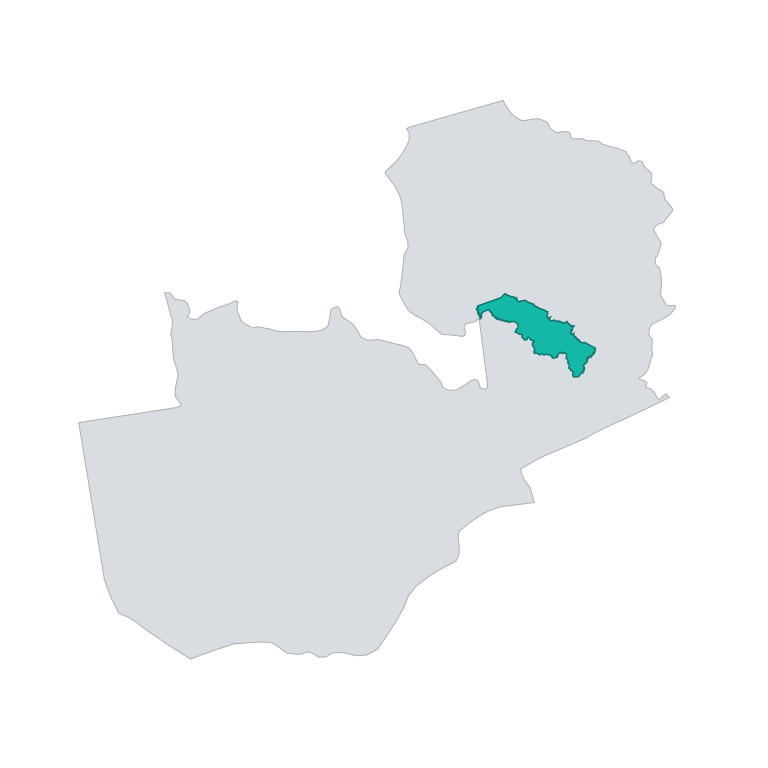 location of Lavushimanda, Muchinga, Zambia, rotated 353°
{"feature_id": "96606910B97886687400536", "entity_name": "Lavushimanda", "entity_type": "district", "adm_level": 2, "iso_a3": "ZMB", "parent_name": "Zambia", "parent_adm1": "Muchinga", "projection": "orthographic", "projection_center": [31.015, -12.593], "detail": "fine", "context": "in_parent", "style": "filled", "palette": "teal", "viewbox_px": 768, "rotation_deg": 353, "n_neighbors": 0, "source": "geoboundaries", "source_scale": "gbopen_adm2", "svg_char_len": 9756}
<svg xmlns="http://www.w3.org/2000/svg" viewBox="0 0 768 768"><g transform="rotate(353 384 384)"><path d="M518.6,519.9L483.9,520.1L471.3,523.0L461.0,527.3L448.7,534.2L441.6,538.9L439.6,541.5L438.7,547.3L438.8,556.1L437.6,562.5L434.0,568.4L415.3,575.6L403.2,581.5L391.3,588.5L382.4,597.4L376.4,608.4L366.4,622.0L345.4,646.4L333.1,651.0L322.7,650.2L310.1,645.4L300.1,644.6L292.8,647.9L286.0,647.1L279.6,642.1L274.3,640.4L270.1,641.9L264.7,641.7L254.7,639.2L245.9,630.8L241.2,627.3L237.6,626.1L227.3,624.9L203.7,623.5L179.5,628.4L158.3,633.4L135.8,614.9L113.9,595.3L109.3,590.3L101.1,583.8L95.2,580.7L92.9,579.1L86.5,561.3L82.7,544.8L76.3,385.1L173.7,382.1L179.9,381.2L180.1,379.5L175.4,371.1L175.5,368.1L176.6,362.2L180.6,350.5L180.7,346.7L178.4,334.1L178.4,327.1L179.2,312.8L178.4,308.0L180.6,301.6L181.2,297.3L182.1,295.5L180.9,290.6L178.5,273.8L177.2,266.7L183.1,267.6L185.1,271.0L186.4,274.8L189.0,274.9L196.1,277.0L198.6,280.1L200.3,286.8L199.4,290.3L197.3,293.2L199.6,295.6L204.3,297.2L207.0,296.6L214.8,291.8L222.0,289.9L225.7,288.6L241.9,285.2L245.1,283.5L247.4,283.4L249.0,284.7L247.7,289.5L247.3,293.8L249.4,301.8L251.0,305.6L254.5,308.2L256.9,309.6L259.7,312.4L265.4,311.8L277.9,315.7L281.7,317.5L287.0,319.3L290.7,319.9L303.6,321.1L317.2,323.2L324.2,323.3L329.2,322.6L332.7,321.4L334.8,320.0L335.8,318.9L340.7,303.5L343.2,302.3L346.6,301.5L348.6,302.8L350.9,312.5L360.8,321.0L364.3,328.3L366.8,334.5L369.0,336.2L372.7,338.3L378.7,339.0L384.0,339.2L410.5,349.5L413.5,351.5L416.8,357.1L418.8,363.5L420.9,368.6L424.3,369.5L427.4,369.9L430.4,373.4L432.7,376.4L440.6,388.9L441.7,393.9L445.6,397.2L450.7,398.6L455.4,398.7L458.2,397.2L464.9,394.6L470.1,391.6L473.9,390.5L476.2,391.2L478.0,393.2L479.1,399.5L482.9,401.6L485.6,400.7L486.7,398.3L486.7,397.0L486.4,331.3L484.0,331.8L480.9,333.6L473.9,333.9L471.2,335.3L470.4,337.4L470.9,340.2L471.1,343.9L470.1,345.6L467.0,346.3L462.6,344.9L454.5,343.1L447.8,342.0L442.9,337.1L436.4,329.7L432.1,326.0L421.7,318.4L419.9,316.8L416.8,313.2L414.0,307.1L411.4,300.0L410.0,295.5L412.4,288.5L418.2,265.6L419.6,258.5L424.6,251.3L424.9,244.9L422.8,236.6L423.3,232.0L423.7,206.0L422.3,197.8L418.9,188.7L411.3,176.0L411.3,173.3L422.7,165.0L426.2,161.8L432.1,155.1L436.2,149.4L438.7,144.8L439.6,138.8L437.6,133.2L441.6,132.0L536.8,117.0L538.1,120.9L541.0,127.3L544.3,132.1L548.4,136.2L551.9,138.8L554.2,139.5L568.9,139.3L574.1,141.8L578.7,145.0L579.8,150.0L582.9,153.1L586.1,155.6L587.5,155.9L589.9,155.3L593.8,155.3L597.5,156.4L599.2,157.4L599.4,161.6L600.5,163.5L605.4,164.2L610.5,164.6L615.3,167.4L620.6,167.9L626.7,169.1L629.5,172.2L636.0,175.4L643.9,178.2L652.6,182.9L652.8,184.3L654.2,187.0L655.8,189.0L655.9,191.9L656.6,194.5L658.8,195.2L660.7,195.4L662.4,193.5L664.7,193.6L667.2,194.8L668.1,197.9L670.1,202.0L673.3,204.9L675.4,207.6L674.7,212.6L673.3,217.1L677.6,221.6L683.2,226.0L684.8,227.9L685.2,234.2L686.0,236.3L689.8,241.6L691.7,245.2L691.5,247.2L681.1,257.5L674.7,259.0L671.9,261.2L670.3,263.4L674.3,273.8L676.4,277.7L674.6,282.6L670.4,291.0L668.5,291.7L668.1,298.1L669.4,300.4L671.4,302.2L672.2,306.5L671.9,317.2L669.3,329.3L673.8,340.0L675.4,341.1L681.8,341.3L682.9,342.2L681.3,345.2L676.8,349.8L668.6,353.4L656.9,357.3L654.4,361.1L652.8,366.6L654.1,369.9L655.6,371.8L655.1,376.7L654.0,381.8L654.3,385.8L653.8,389.4L652.2,391.2L650.1,396.5L647.6,401.9L645.6,404.4L642.6,406.9L638.0,409.1L638.1,410.2L643.3,412.7L644.6,414.4L645.1,415.6L642.9,418.4L645.3,420.0L648.2,421.4L651.0,425.1L654.1,431.9L654.7,432.6L655.6,432.7L657.3,431.9L660.6,429.2L662.9,428.2L665.7,432.2L616.9,448.6L605.4,452.0L588.3,457.9L582.8,460.1L578.3,462.2L533.0,475.3L525.9,477.9L510.0,484.6L509.4,485.7L509.6,488.8L511.1,495.0L513.9,500.7L516.2,504.0L517.8,512.5L518.6,519.9Z" fill="#d9dde1" stroke="#a8b0b8" stroke-width="1"/><path d="M573.1,400.1L574.6,399.9L574.7,400.2L575.7,400.4L577.1,400.2L578.4,400.3L578.6,399.7L580.2,398.2L580.5,397.4L581.0,397.1L582.7,397.3L582.5,396.7L582.6,396.3L583.9,395.7L583.4,394.7L583.5,394.3L584.2,394.3L584.9,393.8L584.8,393.2L584.2,393.0L584.6,392.6L584.9,391.9L584.2,390.6L584.3,389.5L584.5,389.2L585.3,389.1L586.1,388.2L586.8,388.1L587.2,387.6L588.1,387.0L588.1,386.8L587.8,386.5L588.1,386.2L588.8,385.9L589.0,384.6L588.5,383.8L588.6,383.3L588.8,383.1L589.5,383.2L589.1,382.4L589.2,381.9L589.7,381.7L590.4,382.0L590.5,382.3L590.3,382.9L590.5,383.1L591.2,382.3L591.9,382.2L592.8,382.5L592.8,381.7L592.7,381.1L592.8,380.8L593.3,380.7L594.2,381.1L594.6,380.2L595.8,379.6L595.5,379.2L595.6,378.1L596.0,378.1L595.9,379.1L596.4,379.3L596.6,378.6L597.7,377.1L597.1,376.1L597.1,375.7L597.8,375.4L598.1,375.1L597.8,374.6L597.9,374.0L597.7,373.7L595.9,372.7L595.4,372.1L594.7,371.9L591.6,369.5L590.8,369.3L589.9,368.2L589.5,368.1L589.0,367.5L588.3,367.3L587.7,367.8L587.4,367.8L586.9,367.2L585.4,367.2L585.0,366.8L584.5,366.8L584.1,366.2L583.6,366.1L583.4,365.4L583.5,364.6L582.9,364.5L582.5,364.6L582.6,364.3L582.2,364.0L582.2,363.5L581.7,363.8L581.3,363.4L581.3,362.8L581.0,362.8L581.1,362.6L580.6,362.2L580.6,361.8L580.3,361.7L580.1,361.3L579.9,361.3L580.1,360.7L579.3,360.4L579.4,360.2L579.0,360.1L579.0,359.9L578.4,359.4L578.4,358.4L578.2,357.6L578.4,357.2L577.3,357.9L576.9,357.9L576.8,357.7L576.3,357.7L576.0,357.3L576.1,357.1L575.7,357.2L575.7,356.9L575.2,356.7L575.1,356.3L575.3,355.6L575.7,355.3L575.6,354.7L576.0,354.5L576.1,354.2L576.3,354.4L576.3,354.1L576.5,354.0L576.4,353.8L576.7,353.9L576.7,353.7L577.0,353.7L576.9,353.5L577.3,353.3L577.3,352.8L577.7,352.6L577.8,351.5L578.1,351.5L578.3,351.0L578.0,351.1L578.0,350.6L578.4,350.6L578.5,350.4L578.3,350.1L579.2,350.0L579.7,349.6L577.4,349.1L576.9,349.0L576.8,348.7L576.4,349.0L576.1,349.0L575.8,347.6L574.0,346.1L573.7,345.1L573.3,344.4L572.8,345.0L572.7,344.6L572.4,344.6L572.1,345.1L571.4,345.1L571.2,345.4L570.8,345.0L570.2,345.2L569.6,345.1L569.5,345.4L569.0,345.7L568.6,345.5L568.4,344.7L567.5,344.0L566.9,343.8L566.3,343.1L565.5,342.9L565.1,343.3L564.8,343.3L563.3,342.9L563.1,342.3L562.2,342.4L561.3,341.8L560.9,341.3L559.9,341.3L558.7,342.0L556.9,341.2L556.4,340.2L556.7,338.5L557.2,338.0L555.4,338.3L554.9,338.9L554.8,338.2L554.1,337.4L554.2,336.9L554.5,336.5L554.5,335.8L554.9,334.5L554.8,333.8L554.9,333.2L555.5,332.5L555.2,332.2L553.4,331.3L553.2,330.9L552.3,330.8L551.8,330.1L549.2,328.5L547.4,328.2L547.2,327.6L546.6,326.8L545.7,326.6L545.3,326.8L545.0,326.8L544.6,325.7L544.3,325.5L544.0,325.0L542.5,324.5L542.3,324.2L542.5,323.8L542.3,322.8L542.0,322.7L540.9,322.7L540.0,321.9L539.2,321.3L538.8,321.1L538.4,321.3L537.9,320.9L537.4,320.9L537.2,320.5L535.8,319.8L535.6,318.9L534.9,318.4L534.1,318.3L533.4,318.6L533.2,318.3L532.7,318.4L531.9,318.1L529.9,318.4L529.7,318.2L529.4,318.5L529.5,318.7L528.9,319.0L528.5,318.7L528.1,318.9L527.8,318.4L527.3,318.3L526.4,317.4L526.2,316.5L525.9,316.4L526.3,316.0L525.9,315.8L525.9,315.6L525.6,315.5L525.2,314.8L525.4,314.5L525.0,314.6L524.3,314.4L523.6,313.5L523.1,313.2L521.9,313.2L520.6,312.8L519.8,311.9L518.0,311.3L516.9,310.6L516.6,310.0L516.1,310.0L515.9,309.5L514.7,309.3L510.5,312.6L486.4,318.0L486.3,318.6L486.8,319.1L486.9,319.4L486.6,319.8L485.9,319.6L485.9,320.1L485.5,320.5L485.9,321.0L485.8,321.5L485.6,321.4L485.8,321.7L485.5,321.8L486.5,322.4L486.1,322.9L485.8,323.0L485.9,323.3L485.6,323.3L486.0,323.5L486.2,323.8L485.9,323.8L486.1,324.3L485.9,324.4L486.1,324.6L485.9,324.7L486.5,325.3L486.3,325.5L486.1,325.8L486.1,326.4L486.6,326.4L486.4,326.6L486.6,327.0L487.2,327.0L487.3,327.2L487.1,327.6L487.7,327.6L487.9,327.8L487.6,328.0L487.9,328.4L487.7,329.4L487.1,329.8L487.2,330.9L487.5,331.0L487.7,330.7L488.8,330.0L489.1,329.0L488.9,328.6L489.1,327.9L489.0,327.5L489.5,326.0L490.0,325.3L493.0,323.8L497.2,323.0L498.3,325.6L498.6,325.8L499.5,325.7L499.6,326.1L500.0,326.4L500.1,326.8L499.7,327.3L500.0,327.6L499.7,328.1L499.9,328.3L499.9,329.1L500.1,329.1L500.4,329.5L500.8,329.3L501.2,329.9L501.6,330.0L502.0,330.7L501.9,331.1L502.8,332.3L503.6,332.6L503.9,332.0L504.1,332.4L504.4,332.4L504.2,333.4L504.7,333.4L505.1,333.7L505.7,333.6L506.2,334.3L506.5,334.0L507.2,334.4L507.9,334.1L508.9,334.5L508.6,334.8L508.3,334.6L508.2,334.8L508.9,335.2L509.4,335.0L509.4,335.4L510.2,335.5L510.4,335.9L511.1,336.0L511.1,336.3L511.3,336.5L511.9,336.2L512.6,336.6L513.1,336.3L513.2,336.7L513.7,336.1L513.9,336.6L514.4,336.7L514.8,337.3L514.8,337.6L515.8,338.1L516.4,337.9L516.8,337.4L517.3,337.7L517.6,337.4L518.7,337.8L521.0,337.7L521.3,337.9L521.8,338.8L522.8,339.1L523.3,339.6L523.6,340.3L524.0,340.7L524.2,341.6L524.0,342.4L524.0,344.1L523.6,344.9L521.9,346.0L520.9,347.7L520.7,348.7L521.5,349.1L522.6,349.2L523.9,350.8L524.4,350.7L524.7,351.1L525.9,351.4L526.6,351.4L527.4,351.9L527.3,352.5L526.7,353.6L526.6,354.5L526.9,354.6L527.8,355.7L528.6,357.1L529.1,357.5L530.3,357.5L531.0,357.3L531.6,356.8L532.3,355.2L533.1,355.2L533.5,355.4L534.3,356.2L534.5,357.7L536.0,358.7L538.0,359.4L538.4,359.7L538.3,360.3L536.9,360.9L536.3,361.3L536.4,362.1L536.0,363.7L536.4,364.7L537.5,365.7L537.4,367.9L538.0,368.8L536.6,370.4L536.7,371.2L537.1,371.8L537.5,372.0L539.0,372.0L539.6,372.2L540.5,372.7L542.0,374.0L542.7,374.0L543.7,373.1L544.2,373.0L546.3,374.7L547.4,374.6L547.8,373.8L548.2,373.5L548.5,373.7L548.9,374.4L549.8,374.8L551.0,375.2L552.5,375.2L553.0,376.2L553.8,376.6L554.1,378.2L555.5,379.2L555.8,378.8L558.0,378.7L559.1,378.5L559.1,377.9L559.6,377.5L559.3,377.0L560.0,376.8L560.3,375.9L561.1,375.3L561.4,374.7L562.3,374.7L563.1,374.0L563.8,375.0L564.2,374.5L564.8,375.0L565.3,375.1L565.8,375.5L566.5,375.0L567.0,374.9L567.4,375.2L568.9,376.9L567.9,380.7L569.1,381.8L569.3,382.4L569.5,383.5L569.1,385.3L569.4,385.3L569.4,386.5L570.0,386.6L570.4,387.7L569.8,389.5L569.3,390.7L569.8,391.0L570.4,391.8L570.8,391.9L571.1,392.6L571.0,393.3L571.6,393.3L573.1,394.8L573.0,396.3L572.6,397.1L572.4,398.6L573.1,400.1Z" fill="#14b8a6" stroke="#0f766e" stroke-width="1.5"/></g></svg>